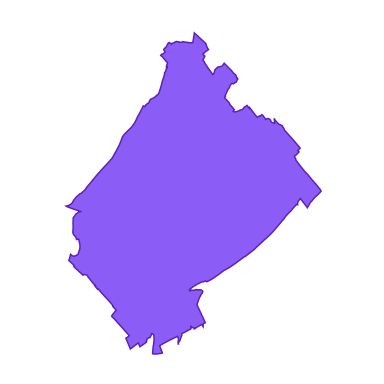 outline of Stauceni, Botosani, Romania, rotated 85°
{"feature_id": "2599482B98332276740934", "entity_name": "Stauceni", "entity_type": "district", "adm_level": 2, "iso_a3": "ROU", "parent_name": "Romania", "parent_adm1": "Botosani", "projection": "robinson", "projection_center": [26.772, 47.732], "detail": "fine", "context": "isolated", "style": "filled", "palette": "violet", "viewbox_px": 384, "rotation_deg": 85, "n_neighbors": 0, "source": "geoboundaries", "source_scale": "gbopen_adm2", "svg_char_len": 5967}
<svg xmlns="http://www.w3.org/2000/svg" viewBox="0 0 384 384"><g transform="rotate(85 192 192)"><path d="M331.9,270.6L343.0,267.1L337.7,258.7L341.6,257.3L340.3,254.9L337.5,250.3L336.8,250.4L336.4,250.3L336.1,250.0L335.7,250.1L334.6,249.7L334.6,249.4L334.3,249.0L333.4,248.3L333.4,246.7L333.1,246.3L331.1,245.2L329.7,244.6L329.5,244.2L330.1,243.6L330.3,243.2L331.1,242.6L331.9,242.5L334.2,242.5L335.1,242.7L335.4,242.6L339.8,243.4L342.4,244.1L348.3,245.2L349.7,245.3L350.3,243.0L350.1,237.3L349.8,235.5L342.3,237.6L340.4,233.7L337.3,226.4L335.4,221.4L334.6,219.0L337.4,218.2L338.7,218.6L340.4,219.0L342.3,218.9L342.2,218.6L340.7,218.7L339.8,217.8L339.4,217.3L338.8,217.0L333.7,214.6L332.1,214.4L331.1,211.6L328.3,205.1L325.7,204.8L326.1,204.3L327.1,203.8L327.1,203.4L327.7,201.6L328.6,201.6L326.5,197.7L324.9,194.0L324.9,193.8L327.1,192.7L324.1,192.2L323.4,190.1L304.7,196.9L298.9,194.3L297.7,193.8L296.8,192.9L295.9,192.6L295.3,191.9L294.6,191.7L294.2,191.2L293.6,190.5L291.8,189.9L290.8,190.8L290.1,192.3L290.0,193.4L290.0,194.7L290.1,195.5L289.5,196.3L290.1,198.6L290.1,199.6L289.6,200.8L290.4,202.6L289.3,203.2L288.1,201.9L287.2,200.3L286.1,198.6L285.4,196.8L284.3,195.0L283.9,193.7L282.5,190.3L282.5,188.8L282.1,187.4L281.9,186.2L282.7,185.1L281.3,181.5L280.1,179.1L279.0,176.9L277.9,175.2L276.4,172.5L274.3,169.2L273.2,167.4L272.4,165.8L271.1,162.8L270.6,162.1L270.5,161.6L270.5,161.4L266.9,155.0L261.2,145.8L260.9,145.2L260.9,144.6L260.5,144.0L254.3,134.5L253.9,134.2L253.6,133.7L252.9,133.0L248.2,126.8L246.6,124.9L243.3,120.4L239.7,116.0L234.8,110.9L228.7,104.8L227.8,103.9L227.6,103.5L225.3,101.5L224.8,101.3L224.0,100.4L220.4,96.4L219.6,95.2L216.9,92.6L213.9,89.4L213.6,88.9L213.7,88.7L213.9,87.8L212.2,87.8L210.7,87.1L207.9,84.7L217.7,78.4L217.3,78.2L213.4,75.4L212.9,75.2L211.3,73.3L209.9,72.0L208.2,70.3L206.5,68.0L203.2,64.0L202.3,63.3L201.1,63.8L197.9,65.9L195.4,67.6L189.0,72.3L184.3,75.5L181.6,77.7L176.6,81.1L169.3,85.7L167.9,85.8L166.7,86.4L166.4,86.4L165.6,86.9L165.2,86.7L164.8,86.3L164.5,85.5L162.1,82.6L161.3,81.9L160.0,83.0L157.7,80.4L149.2,86.4L138.5,94.4L137.9,94.7L136.8,94.9L135.7,95.4L135.2,95.7L134.1,96.2L133.6,96.6L132.7,98.2L132.3,99.1L131.4,100.1L129.6,101.6L129.1,102.1L125.8,103.8L127.8,103.6L130.8,103.8L129.8,106.2L129.2,106.9L128.3,107.3L127.3,107.4L126.0,108.6L125.6,109.3L125.4,110.0L125.4,110.5L125.6,111.2L126.2,112.2L125.5,112.7L124.8,112.9L124.2,113.4L122.6,114.2L121.5,115.1L121.0,115.7L121.7,116.1L121.9,116.5L122.0,117.5L122.1,118.1L122.3,118.6L123.3,120.5L122.7,120.8L120.2,122.7L116.3,125.0L112.8,127.4L113.6,127.8L111.8,128.8L110.5,129.7L111.3,130.8L112.0,132.4L112.3,132.8L113.2,133.5L114.3,134.8L114.5,135.3L114.6,135.7L114.5,136.4L114.6,137.0L115.3,138.5L115.5,139.0L116.0,142.2L115.9,142.6L115.2,144.0L113.6,142.7L110.8,144.6L108.6,146.3L108.2,146.6L106.5,147.1L105.9,147.5L101.0,151.3L99.5,150.3L99.1,150.6L97.3,149.7L93.0,147.2L92.4,146.7L92.0,146.2L90.8,145.4L89.9,145.2L88.8,144.5L87.4,142.9L87.5,142.0L87.8,141.7L87.9,141.3L87.3,140.4L86.5,139.5L86.5,139.3L86.7,139.1L86.4,138.4L86.0,138.1L85.0,137.6L84.0,137.0L83.7,136.6L82.4,136.9L82.4,137.4L82.1,137.7L81.2,137.9L79.6,138.0L76.9,140.5L74.9,141.8L66.5,148.7L68.6,150.5L69.2,151.1L69.4,151.9L69.5,152.6L69.7,153.4L69.7,154.7L69.8,155.2L69.9,155.6L70.9,157.0L72.1,158.3L72.6,158.7L73.0,158.9L75.0,159.4L76.0,160.2L76.8,161.1L75.3,161.9L72.4,163.7L69.5,165.4L64.3,168.2L63.7,168.4L63.4,168.4L61.9,169.5L61.5,169.4L59.4,168.4L57.8,167.3L56.0,168.9L55.7,169.0L55.1,168.8L54.7,168.0L53.4,166.3L52.7,165.1L51.6,163.1L50.9,163.5L49.8,164.0L49.2,164.4L47.7,164.7L45.1,165.4L36.5,173.3L33.7,175.8L35.9,176.3L43.3,178.2L43.1,181.7L42.4,183.7L42.4,184.2L42.3,185.0L41.4,188.0L41.8,188.7L41.9,190.3L41.7,191.4L41.5,192.0L41.3,192.0L41.1,192.8L41.1,193.0L40.8,193.8L40.7,194.5L40.9,194.8L41.0,195.6L41.4,196.4L41.9,197.0L42.2,199.0L42.9,199.7L42.1,200.1L41.9,200.4L41.8,201.0L41.4,201.5L41.1,201.6L41.1,201.8L41.3,202.2L41.6,202.7L42.0,203.1L42.6,203.3L45.8,205.6L46.1,206.0L46.3,206.6L47.6,207.8L47.9,207.8L50.0,206.6L50.3,206.6L50.8,207.4L51.6,208.3L52.0,208.9L52.1,209.1L52.0,210.0L52.4,210.6L53.2,211.3L54.9,209.6L59.7,206.3L60.8,205.1L63.2,206.0L65.4,205.8L66.0,205.7L66.1,205.8L65.0,206.5L67.0,206.8L69.5,207.7L69.8,208.1L70.9,209.0L73.0,209.3L79.3,212.0L83.4,213.4L91.1,216.5L91.4,216.8L92.7,218.9L93.8,220.1L94.0,220.6L94.9,221.8L95.3,223.0L95.7,224.3L96.0,225.2L97.0,226.1L97.5,226.4L99.3,227.1L100.0,228.6L101.2,230.4L101.5,230.7L102.8,231.8L102.0,233.1L104.8,234.7L108.5,237.1L110.6,238.4L111.1,238.9L111.8,239.4L115.4,241.4L117.6,242.8L118.7,243.7L121.1,245.6L123.1,247.7L126.8,252.3L128.3,254.0L129.4,255.2L131.1,256.5L136.9,259.3L138.8,260.3L144.3,263.8L147.9,266.3L149.3,267.2L150.9,268.3L151.7,269.0L155.7,273.2L162.9,281.2L164.2,282.4L164.7,283.1L167.6,286.1L173.8,292.1L177.4,295.8L180.7,298.6L181.6,299.7L183.1,301.8L183.8,302.8L183.9,303.4L184.3,304.3L187.4,308.3L189.8,310.5L191.3,311.6L191.7,311.7L192.9,312.7L194.0,314.6L194.6,315.7L194.8,316.4L195.0,318.6L195.9,317.5L199.2,310.4L200.8,306.3L201.7,304.7L202.1,306.0L202.2,306.9L202.5,307.6L203.2,308.3L203.8,309.5L204.3,310.1L205.7,311.0L206.9,312.3L207.5,312.6L213.0,313.3L213.5,313.3L216.2,313.4L221.8,314.2L222.4,314.2L223.3,314.0L224.8,313.2L227.4,311.4L228.2,311.2L229.3,311.2L229.0,309.0L234.5,308.3L236.5,308.3L238.7,308.7L240.0,309.1L240.6,309.5L243.6,310.7L244.0,311.0L244.9,312.5L245.3,313.4L245.5,314.2L245.6,315.0L245.5,316.1L244.8,317.2L243.5,318.3L244.3,318.7L246.5,319.4L249.6,320.7L250.6,319.6L253.7,316.9L254.8,316.1L255.3,315.8L255.4,316.2L256.2,316.1L265.4,307.8L264.8,307.3L264.9,306.9L265.0,305.5L265.7,304.0L267.6,302.7L267.7,302.9L276.4,297.0L276.2,296.7L277.0,296.2L277.3,296.8L280.7,294.5L280.3,294.0L287.9,288.4L290.4,286.4L292.5,284.8L297.5,281.2L298.8,280.5L299.1,280.9L303.0,277.9L306.0,280.6L307.1,281.8L308.8,282.9L312.0,280.2L316.1,277.2L323.8,271.3L328.9,267.6L329.6,267.0L330.5,268.1L331.9,270.6Z" fill="#8b5cf6" stroke="#5b21b6" stroke-width="1.5"/></g></svg>